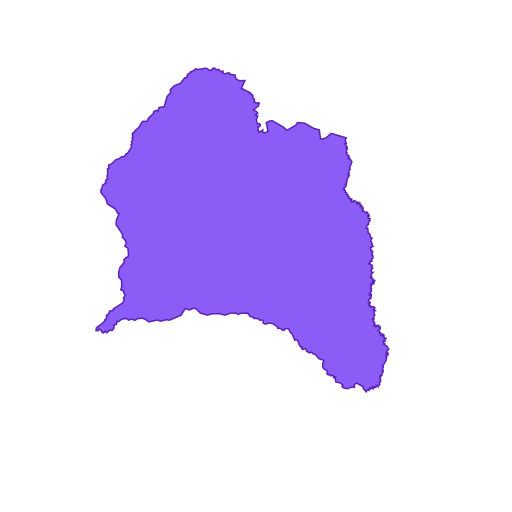 Ariguaní, Magdalena, Colombia (Albers equal-area conic projection), rotated 32°
{"feature_id": "7082276B61521113945652", "entity_name": "Ariguaní", "entity_type": "district", "adm_level": 2, "iso_a3": "COL", "parent_name": "Colombia", "parent_adm1": "Magdalena", "projection": "albers", "projection_center": [-74.033, 9.809], "detail": "fine", "context": "isolated", "style": "filled", "palette": "violet", "viewbox_px": 512, "rotation_deg": 32, "n_neighbors": 0, "source": "geoboundaries", "source_scale": "gbopen_adm2", "svg_char_len": 6111}
<svg xmlns="http://www.w3.org/2000/svg" viewBox="0 0 512 512"><g transform="rotate(32 256 256)"><path d="M270.0,108.0L254.8,112.2L252.8,118.7L250.3,121.7L248.6,122.4L242.8,115.5L237.1,117.2L226.8,117.6L220.4,120.9L220.4,124.2L215.7,132.9L210.6,132.2L198.3,132.6L196.1,134.2L194.0,137.4L200.2,144.1L197.8,147.3L195.3,147.2L195.0,145.7L193.0,149.6L189.2,146.0L190.5,144.3L190.5,142.8L188.8,141.8L187.5,143.0L185.7,142.1L183.9,139.8L183.2,136.3L180.8,136.8L181.8,134.0L179.5,133.2L176.4,133.6L178.5,127.8L177.8,124.7L176.4,124.9L175.5,126.5L174.0,125.9L172.9,126.6L171.7,124.0L169.6,123.5L167.7,121.1L164.8,121.6L164.8,120.6L154.8,121.5L153.6,113.1L148.9,116.2L145.1,116.5L142.2,113.6L137.7,115.9L137.1,114.9L135.1,115.5L133.1,118.2L131.2,118.2L129.9,116.7L129.1,118.4L125.4,117.5L123.7,119.2L121.5,118.5L119.8,119.8L119.9,121.5L118.8,123.0L114.3,123.1L107.2,129.1L105.8,129.1L104.0,133.6L102.8,134.5L103.4,135.3L102.0,137.2L102.0,139.9L102.8,140.3L102.8,141.7L101.1,142.7L100.5,149.5L96.5,154.9L95.2,160.3L97.1,162.9L96.0,167.7L99.1,178.1L95.1,181.3L96.2,185.1L94.2,185.3L92.7,188.0L93.5,189.5L91.7,196.3L92.5,199.3L88.5,201.9L88.4,209.5L87.0,213.7L87.2,216.3L86.5,216.5L86.4,218.2L88.7,220.2L88.3,221.5L89.5,222.2L89.9,225.3L91.3,225.8L91.1,227.9L92.7,229.8L92.6,237.2L91.6,238.5L92.1,239.5L91.4,241.4L89.5,243.1L88.4,246.0L86.3,248.2L84.9,253.9L82.8,257.2L84.8,259.4L83.8,260.7L86.8,265.1L87.3,267.3L89.3,269.2L88.5,270.4L88.8,272.6L89.9,273.5L88.3,277.6L89.6,280.2L89.3,282.1L91.1,284.5L98.0,286.8L102.4,290.6L112.1,290.7L115.8,293.0L117.5,292.7L118.5,299.1L120.5,303.4L130.3,307.9L131.8,308.9L132.7,311.0L135.8,311.5L138.1,313.0L139.2,314.1L139.6,317.2L143.2,317.2L147.2,322.5L147.9,324.8L146.6,326.0L146.0,329.4L147.7,331.2L146.7,337.7L148.0,342.3L150.6,346.5L154.8,347.8L158.3,352.9L159.2,356.3L162.7,356.0L163.5,357.5L165.8,358.4L165.9,361.9L167.7,363.2L167.8,366.5L163.0,376.7L163.8,377.8L161.0,380.4L161.8,383.2L160.6,385.5L162.6,388.6L161.6,390.0L162.1,391.4L161.1,395.5L158.7,401.5L159.8,404.0L161.7,403.1L161.6,401.1L164.1,401.1L166.2,402.4L167.5,402.0L168.0,399.5L170.1,400.2L171.5,395.9L173.3,395.6L173.8,393.5L173.6,391.9L171.9,390.0L173.9,388.1L172.8,385.2L174.1,384.6L175.3,381.5L178.0,378.1L178.6,378.5L180.5,377.3L181.8,378.0L184.2,375.1L187.2,374.9L188.8,371.9L192.4,369.0L196.3,368.3L199.8,368.8L206.5,362.4L209.5,362.0L213.7,357.6L216.7,356.2L223.8,346.0L223.8,338.2L228.0,337.1L231.0,333.0L233.5,332.6L239.0,333.9L246.0,331.9L249.6,328.1L255.3,324.5L261.1,322.5L264.8,317.8L269.0,315.2L271.9,314.9L273.7,312.3L279.3,309.0L283.3,310.4L285.8,309.4L287.2,310.1L291.3,307.9L293.2,308.5L295.3,306.9L296.4,307.1L297.5,309.0L298.8,309.0L300.2,308.7L302.3,306.1L305.8,304.6L311.3,304.6L312.8,305.8L314.8,304.5L318.1,304.8L319.3,304.1L319.3,302.1L322.0,300.5L326.2,302.8L327.9,302.8L333.4,306.8L335.7,305.3L340.1,308.6L342.0,309.4L343.4,308.8L343.3,309.6L344.8,310.7L346.8,308.5L349.3,309.2L349.7,310.1L353.2,309.6L353.5,308.5L354.9,308.1L356.6,308.8L358.3,307.8L363.8,309.8L368.4,308.6L369.6,309.8L369.2,311.0L371.2,314.5L372.9,315.7L377.4,315.6L378.5,318.2L380.2,318.6L380.7,317.3L382.6,318.1L384.5,316.4L385.9,317.4L387.0,316.8L386.6,317.9L387.9,317.6L390.4,320.5L394.7,319.0L398.3,319.5L398.0,321.1L399.8,321.5L403.6,320.3L406.9,316.1L409.1,315.2L407.5,313.2L408.4,310.8L409.4,310.4L415.9,310.1L417.3,311.6L422.0,313.0L421.0,312.0L421.7,310.4L422.7,310.2L422.0,309.6L422.7,309.3L422.4,307.7L423.7,308.1L423.9,306.5L425.3,306.5L424.1,304.9L425.2,304.7L425.8,305.8L426.1,304.1L427.2,303.9L426.5,302.2L428.7,302.1L427.7,301.3L429.2,299.7L427.7,297.9L428.2,296.7L427.0,294.5L425.1,293.3L425.9,292.2L424.9,291.3L425.9,290.5L425.2,289.9L425.3,287.4L424.7,285.8L423.8,286.0L422.7,282.5L421.8,282.4L421.6,275.5L420.7,273.0L419.6,272.7L420.0,271.4L418.6,270.8L420.4,269.6L418.9,268.2L417.8,269.2L417.4,266.3L418.1,264.8L415.2,263.2L411.2,263.1L411.9,261.6L410.7,262.5L409.0,260.9L410.6,259.8L409.0,258.4L410.1,257.5L409.7,256.8L408.5,258.1L407.8,256.8L406.5,256.7L406.5,255.2L405.0,255.0L405.2,256.6L404.0,257.2L402.9,255.2L401.8,256.1L401.0,254.6L398.9,254.5L400.0,251.9L398.8,250.3L397.6,250.8L396.8,249.7L395.3,251.1L395.4,252.4L394.5,251.3L393.1,252.8L392.1,251.8L392.8,251.0L392.0,249.6L390.1,249.6L389.8,248.3L388.5,247.8L389.6,247.3L387.6,244.3L388.1,243.2L384.9,240.5L386.2,239.2L383.8,238.9L384.6,237.8L383.9,236.7L382.6,236.6L381.1,238.1L379.7,237.6L379.8,238.5L377.3,237.7L377.7,237.1L376.7,236.6L377.7,235.8L377.4,234.8L375.1,234.7L375.0,231.9L375.9,231.3L374.5,228.1L373.3,228.8L373.8,227.5L372.1,227.7L372.6,224.9L371.2,223.7L371.5,222.8L370.1,222.4L370.1,220.8L368.6,220.1L369.4,219.2L368.3,218.4L369.1,218.1L368.9,216.7L370.1,217.6L370.7,217.0L369.8,216.1L370.0,215.0L368.7,215.2L369.3,213.9L367.6,214.4L366.8,213.2L365.6,213.8L364.2,213.1L365.0,212.3L363.3,210.8L363.9,207.9L362.8,208.5L360.9,206.9L361.4,204.4L360.0,204.6L359.7,202.3L355.8,202.8L356.5,201.6L355.5,200.5L357.1,198.9L355.6,197.6L356.2,196.0L355.1,193.9L353.9,193.8L352.7,190.7L351.6,191.0L351.4,189.9L350.1,190.0L348.4,188.1L349.6,187.5L349.1,186.4L349.8,185.8L349.0,185.8L348.8,184.7L344.9,181.9L345.0,179.5L343.3,179.3L340.5,176.9L339.0,177.1L336.1,173.3L334.8,174.2L333.8,170.7L334.7,169.6L333.6,167.9L333.9,165.6L333.0,165.5L332.9,163.8L331.3,164.4L330.1,163.7L330.8,162.2L329.8,162.3L330.1,161.3L328.3,161.0L327.8,160.1L326.7,159.9L326.1,161.4L323.2,160.6L322.3,161.2L321.5,158.5L320.3,159.2L319.7,158.1L318.6,158.8L318.8,157.2L317.5,157.7L316.3,156.2L315.1,157.6L314.9,156.3L313.8,157.7L313.5,156.7L309.8,157.0L309.2,158.0L309.7,158.6L307.5,159.4L307.2,158.0L305.7,157.7L307.7,156.8L303.8,157.9L303.4,156.3L301.7,156.7L301.5,155.3L299.9,155.6L299.3,154.4L297.8,154.7L297.0,153.1L295.1,153.4L295.5,152.5L294.3,151.4L295.2,150.3L295.1,148.2L293.8,147.9L294.5,147.0L292.4,141.9L292.5,138.2L290.7,137.9L291.3,136.8L289.7,135.0L289.9,132.5L288.6,131.6L287.5,125.4L284.7,124.0L283.6,124.5L283.2,123.3L282.0,123.9L282.0,121.9L279.2,121.7L278.4,120.2L277.4,120.3L276.5,116.5L275.6,116.9L275.0,116.1L275.5,115.2L271.9,113.7L272.9,112.7L270.2,110.6L270.0,108.0Z" fill="#8b5cf6" stroke="#5b21b6" stroke-width="1.5"/></g></svg>